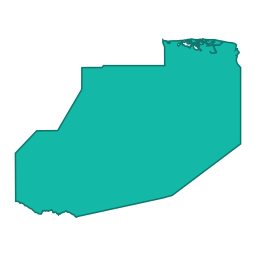 the district of Angoram District, East Sepik, Papua New Guinea
{"feature_id": "67681753B97300353445922", "entity_name": "Angoram District", "entity_type": "district", "adm_level": 2, "iso_a3": "PNG", "parent_name": "Papua New Guinea", "parent_adm1": "East Sepik", "projection": "orthographic", "projection_center": [143.956, -4.467], "detail": "fine", "context": "isolated", "style": "filled", "palette": "teal", "viewbox_px": 256, "rotation_deg": 0, "n_neighbors": 0, "source": "geoboundaries", "source_scale": "gbopen_adm2", "svg_char_len": 5574}
<svg xmlns="http://www.w3.org/2000/svg" viewBox="0 0 256 256"><path d="M15.7,201.3L16.3,201.3L18.6,201.6L20.1,203.3L20.4,203.2L21.0,202.6L22.1,203.2L22.4,203.2L23.0,203.6L23.6,203.8L23.9,204.4L24.6,205.0L24.9,205.6L26.1,205.7L26.5,206.0L27.0,206.1L28.2,207.0L28.9,207.7L29.6,207.9L30.3,208.5L31.7,208.9L32.9,210.2L34.6,211.6L35.0,212.2L35.3,212.4L37.2,212.7L37.7,213.0L38.1,213.6L38.9,213.8L41.1,214.1L42.0,212.7L42.2,212.1L42.2,211.6L42.8,210.7L43.2,211.0L43.6,211.0L44.2,210.8L44.4,210.5L45.7,211.1L46.4,210.4L47.8,211.0L48.5,211.1L48.8,210.7L49.5,210.7L50.6,210.4L50.7,210.1L51.2,209.7L52.2,210.4L52.7,211.4L52.8,212.3L53.4,212.7L54.7,212.3L54.9,212.4L55.3,212.1L55.9,212.2L56.4,212.7L56.9,213.6L57.6,213.7L58.4,214.8L58.7,214.0L58.9,214.1L59.2,213.7L59.7,214.1L60.2,214.0L61.2,213.0L61.8,212.9L62.5,212.3L62.9,212.5L64.3,212.0L64.4,211.8L64.8,211.7L65.2,211.2L65.8,211.0L66.7,211.2L66.8,211.8L68.0,212.2L69.0,212.2L70.1,212.6L70.5,212.8L70.8,213.4L71.2,213.7L71.8,213.9L72.7,214.5L73.3,214.3L74.1,215.1L74.5,215.9L75.5,216.3L75.8,216.9L76.4,217.2L76.9,217.0L77.3,216.5L162.9,197.9L172.1,195.4L240.6,143.9L240.6,67.5L237.3,63.7L236.5,61.4L236.4,59.0L236.6,57.9L237.0,57.2L237.1,56.3L236.4,55.6L237.2,55.6L237.4,54.6L239.1,52.8L239.1,52.4L239.0,52.1L237.6,50.3L237.3,49.8L237.2,49.1L237.3,48.7L236.4,48.8L235.5,49.8L236.4,45.0L235.6,44.0L233.6,43.2L232.2,42.8L226.9,42.3L225.6,41.9L219.9,40.8L219.0,41.0L218.6,40.6L215.5,39.9L213.0,39.7L211.6,39.8L208.0,39.7L208.1,40.2L207.7,39.8L207.4,40.0L207.2,39.6L204.5,39.4L202.9,38.8L202.5,39.0L202.0,39.5L202.2,40.2L204.1,41.6L205.1,42.0L205.7,41.7L205.6,40.7L205.8,40.5L206.5,40.3L206.2,39.8L207.0,39.8L207.3,40.2L206.8,40.6L206.3,41.2L206.7,43.0L208.4,44.0L208.7,43.5L208.6,44.6L209.1,44.9L209.5,45.1L209.6,43.9L210.6,43.0L211.5,43.0L211.5,42.5L211.9,41.8L211.9,41.3L212.4,42.4L212.8,42.3L212.8,42.0L213.7,41.2L214.3,41.1L214.6,41.3L214.6,42.2L213.7,42.2L212.6,42.9L212.6,43.2L212.9,43.5L212.9,44.1L213.9,45.1L216.7,44.8L218.4,45.1L219.4,45.0L220.6,43.9L221.4,42.7L221.8,41.7L222.1,41.6L222.3,41.7L222.6,42.4L222.2,42.9L221.9,42.9L221.6,43.4L221.3,43.4L220.5,44.4L219.6,45.1L218.7,45.4L216.0,45.1L215.2,45.3L214.0,46.1L214.0,47.6L216.3,51.6L216.3,52.4L216.0,52.7L215.4,52.9L212.7,53.2L211.9,53.0L210.8,52.9L210.2,52.0L209.9,51.1L211.0,52.7L212.8,53.1L214.7,52.8L215.9,52.3L215.8,51.7L213.8,47.9L213.5,46.4L213.5,46.1L214.1,45.6L214.0,45.4L213.4,45.1L213.0,45.2L212.2,45.0L211.7,45.4L211.4,45.2L211.8,44.7L211.3,44.7L210.2,45.4L209.8,46.0L209.4,46.0L208.9,45.5L208.1,45.4L207.3,45.7L207.7,45.1L207.4,44.2L206.3,43.8L205.3,42.6L203.8,42.3L202.9,41.9L202.1,41.8L201.8,42.1L201.8,42.4L202.0,42.6L202.7,42.6L203.3,42.9L203.5,43.5L203.4,43.7L202.8,43.5L202.6,43.7L202.8,44.1L202.6,44.4L201.8,44.3L201.5,44.9L201.6,45.3L201.0,44.6L200.7,44.5L200.3,44.3L200.5,44.2L200.2,43.9L199.7,44.1L198.7,43.6L198.2,44.2L199.2,45.4L199.2,45.7L198.6,46.1L199.2,46.7L198.9,47.2L198.7,46.8L198.0,47.2L197.8,47.5L197.8,47.9L198.3,48.0L200.3,49.1L200.8,49.7L201.5,50.1L201.2,50.5L200.5,50.8L199.9,49.6L199.1,49.3L198.5,49.4L197.4,50.1L196.8,50.2L195.5,49.3L194.5,49.2L193.9,48.6L193.9,47.8L193.2,46.4L193.3,45.7L193.6,45.0L193.7,44.3L192.9,43.8L192.6,43.8L192.1,44.4L191.8,45.0L191.2,45.1L191.2,45.8L191.0,45.7L190.6,46.0L190.6,45.8L190.5,45.7L190.3,45.9L189.9,46.8L190.0,47.5L190.2,47.8L190.0,48.0L189.7,48.0L188.8,47.3L188.6,46.8L187.9,46.7L188.0,46.4L187.8,46.2L187.6,46.1L186.9,46.4L186.9,46.1L185.9,46.2L184.8,46.0L184.2,45.1L183.6,44.6L183.0,44.7L182.9,45.1L182.7,45.1L182.2,43.2L181.9,42.6L181.6,42.3L181.0,43.7L180.0,44.2L179.8,44.7L179.8,45.3L179.4,45.6L178.3,45.9L177.6,45.5L177.7,44.0L178.0,43.7L179.2,43.1L180.4,43.3L180.8,43.0L180.9,42.5L181.6,42.0L181.8,41.9L182.6,42.3L183.0,41.9L183.6,42.0L184.2,42.4L184.8,42.3L185.7,41.8L186.0,41.5L186.0,41.2L186.1,41.3L186.7,40.5L187.5,40.1L189.4,39.8L189.0,39.4L187.7,39.5L186.1,40.0L184.5,40.0L182.5,40.5L180.6,40.5L177.0,40.9L173.0,40.9L169.5,41.1L168.5,41.8L168.2,42.3L168.8,42.1L169.2,42.4L169.6,41.5L170.2,41.4L170.4,41.5L169.9,42.2L170.0,42.9L169.6,42.9L169.5,43.3L169.0,43.5L168.4,43.3L168.9,43.0L168.8,42.8L168.6,42.7L168.2,42.9L167.5,42.0L166.5,41.6L166.8,41.3L167.1,41.6L168.0,41.6L168.3,41.3L167.2,41.3L166.7,41.0L163.5,40.5L162.9,39.9L162.9,42.8L164.6,46.9L164.7,65.6L103.5,65.6L102.2,67.5L81.9,67.6L81.8,89.4L57.7,130.6L36.7,130.8L15.4,153.2L15.7,201.3ZM197.6,39.7L193.6,39.5L192.1,39.0L190.6,39.0L190.2,39.3L190.2,39.7L191.0,40.3L191.7,41.7L191.5,42.7L190.9,43.5L191.1,43.7L192.7,43.1L193.9,43.1L194.6,42.6L195.3,43.7L195.5,43.6L195.4,43.1L195.6,42.7L196.7,42.2L197.0,41.9L196.8,40.9L196.4,40.5L195.9,40.6L195.7,40.2L197.0,39.9L198.3,39.9L199.5,40.2L201.1,39.9L201.2,40.4L201.3,40.5L201.5,40.4L201.4,39.7L201.1,39.4L200.6,39.2L197.6,39.7ZM201.3,41.5L200.2,41.0L198.6,40.7L197.7,41.0L197.9,41.5L198.4,41.7L197.7,42.9L198.0,42.0L197.9,41.9L197.5,42.0L196.9,42.7L196.2,42.7L196.2,42.9L196.8,43.7L197.0,44.3L197.7,44.4L198.0,43.8L198.5,43.4L198.4,42.5L198.6,42.2L199.1,42.0L199.5,42.4L200.1,41.8L201.3,42.1L201.6,41.9L201.3,41.5ZM189.0,40.5L188.2,40.5L187.3,40.8L187.3,41.9L187.1,42.3L187.0,42.8L187.4,43.7L188.5,43.5L188.8,43.9L189.7,42.7L188.9,41.4L189.0,40.5ZM195.4,44.0L194.5,43.4L195.1,45.6L197.3,46.9L197.2,46.5L196.6,45.6L197.6,45.3L198.0,44.9L197.8,44.7L196.7,44.5L196.1,43.9L195.4,44.0ZM189.9,43.6L191.1,42.0L191.1,41.6L190.0,40.6L189.5,41.0L189.4,41.8L190.1,42.7L189.6,43.4L189.6,43.7L189.9,43.6ZM212.5,43.6L212.4,42.8L212.0,42.2L211.9,42.7L212.2,43.4L212.5,43.6ZM213.0,44.8L212.4,44.0L212.2,44.2L212.7,44.8L213.0,44.8Z" fill="#14b8a6" stroke="#0f766e" stroke-width="1.5"/></svg>